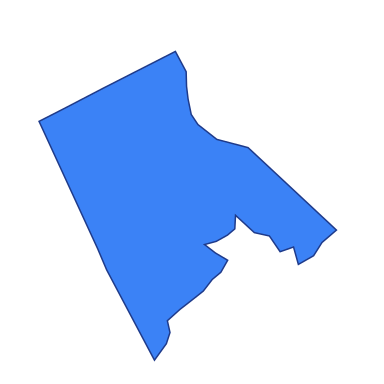 outline of São Vendelino, Rio Grande do Sul, Brazil, rotated 333°
{"feature_id": "56859067B53774247031455", "entity_name": "São Vendelino", "entity_type": "district", "adm_level": 2, "iso_a3": "BRA", "parent_name": "Brazil", "parent_adm1": "Rio Grande do Sul", "projection": "natural_earth1", "projection_center": [-51.365, -29.385], "detail": "fine", "context": "isolated", "style": "filled", "palette": "blue", "viewbox_px": 384, "rotation_deg": 333, "n_neighbors": 0, "source": "geoboundaries", "source_scale": "gbopen_adm2", "svg_char_len": 627}
<svg xmlns="http://www.w3.org/2000/svg" viewBox="0 0 384 384"><g transform="rotate(333 192 192)"><path d="M229.5,59.2L159.8,59.2L113.6,59.6L87.8,59.6L82.2,199.7L80.6,222.5L82.2,324.8L100.3,315.5L108.6,307.2L111.6,295.5L128.1,291.1L142.2,288.4L157.1,285.4L170.4,279.1L181.3,276.6L192.8,269.0L185.2,257.0L179.3,244.5L191.2,247.0L204.1,246.5L213.4,244.3L220.2,232.5L229.1,256.5L241.0,266.3L243.4,285.2L257.5,287.1L253.9,304.8L271.4,304.0L284.9,296.0L303.4,291.5L262.1,177.9L238.0,156.4L227.9,134.6L226.5,122.6L230.7,107.4L235.1,95.4L241.4,82.2L241.0,59.2L229.5,59.2Z" fill="#3b82f6" stroke="#1e3a8a" stroke-width="1.5"/></g></svg>